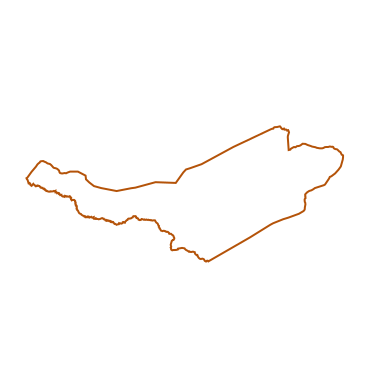 Kacheliba, Rift Valley, Kenya, rotated 74°
{"feature_id": "3690345B93324860747201", "entity_name": "Kacheliba", "entity_type": "district", "adm_level": 2, "iso_a3": "KEN", "parent_name": "Kenya", "parent_adm1": "Rift Valley", "projection": "mercator", "projection_center": [35.077, 1.98], "detail": "fine", "context": "isolated", "style": "outline", "palette": "amber", "viewbox_px": 384, "rotation_deg": 74, "n_neighbors": 0, "source": "geoboundaries", "source_scale": "gbopen_adm2", "svg_char_len": 6005}
<svg xmlns="http://www.w3.org/2000/svg" viewBox="0 0 384 384"><g transform="rotate(74 192 192)"><path d="M243.2,106.4L242.4,95.2L241.1,90.2L240.5,89.1L239.7,88.4L238.0,87.8L235.2,86.4L233.5,86.1L232.6,86.3L230.5,85.9L229.8,85.5L229.1,84.5L227.9,84.5L227.8,84.3L227.2,84.1L226.0,84.1L225.3,83.6L224.0,81.3L223.3,79.0L223.3,76.8L222.8,74.7L222.1,72.8L221.8,63.4L221.5,62.1L216.8,56.5L215.5,55.4L215.3,53.7L213.6,49.3L210.9,45.0L208.8,42.3L208.3,41.8L202.3,38.1L200.2,37.2L198.4,36.7L197.4,37.8L194.6,38.3L193.7,39.2L191.2,40.6L190.8,41.1L190.3,42.3L189.6,43.2L188.8,43.7L187.8,43.8L187.5,44.0L187.2,44.5L187.0,45.6L186.5,46.4L186.2,47.2L186.3,48.2L186.2,49.0L185.9,49.9L185.5,51.8L185.9,53.6L185.9,54.9L185.2,57.2L183.9,59.9L183.0,61.0L181.4,64.1L180.5,65.2L178.7,67.9L177.0,69.8L176.1,72.4L177.0,74.7L177.2,75.7L177.2,76.9L177.0,77.5L176.9,78.6L177.5,80.1L177.4,80.6L176.9,81.4L176.9,81.9L177.7,85.1L178.4,85.8L178.3,87.5L165.6,84.8L164.4,84.3L161.4,82.3L159.8,82.4L159.1,82.5L159.2,83.5L158.8,83.5L158.0,84.2L157.7,84.8L157.8,85.4L157.5,85.9L157.3,86.1L156.4,86.1L156.4,87.3L156.6,87.5L156.5,87.8L156.0,88.2L155.1,88.6L154.3,88.8L153.1,89.4L153.0,92.4L152.5,94.5L152.7,95.7L153.0,96.1L153.5,96.4L153.3,98.0L153.5,99.4L160.1,139.8L167.9,175.1L168.6,187.2L168.7,191.6L170.8,195.0L178.8,205.1L172.5,224.4L172.2,245.3L171.6,249.4L170.3,264.2L163.2,278.2L159.3,284.6L154.5,288.1L150.6,290.4L146.9,289.8L140.9,296.1L138.8,303.6L139.0,306.3L139.3,307.9L138.7,309.1L138.4,311.8L137.5,313.5L136.6,313.9L134.7,313.9L132.7,315.1L131.7,316.3L130.8,318.0L130.3,318.5L127.3,319.9L125.9,320.9L124.7,323.0L123.2,324.2L121.8,326.0L121.4,326.2L121.1,327.0L121.0,327.9L120.8,328.6L120.9,329.4L121.8,330.5L122.1,331.5L122.9,333.0L124.6,335.0L128.4,340.7L132.8,346.3L133.1,347.3L134.1,347.2L135.2,346.7L138.5,346.7L138.5,346.3L138.3,346.0L138.4,345.7L138.6,345.6L139.2,346.0L139.6,345.3L139.9,345.4L140.0,345.3L140.9,345.3L141.3,345.0L141.4,344.6L141.8,344.4L140.5,342.4L141.0,342.3L141.4,341.7L141.8,341.6L142.0,341.3L143.4,340.8L143.5,340.6L143.5,340.1L143.3,339.8L143.5,339.1L143.1,338.8L143.2,338.5L143.5,338.5L144.2,337.0L144.8,336.9L145.3,336.4L145.9,336.4L146.1,336.2L146.0,335.9L146.4,335.7L146.6,335.0L146.8,335.1L147.7,334.2L147.7,333.6L148.4,333.5L148.4,332.9L148.6,332.7L149.4,332.8L149.9,332.5L149.9,332.1L150.5,331.5L151.0,331.6L151.3,330.7L151.9,330.2L152.4,329.0L152.3,328.6L152.6,327.9L152.4,327.5L152.7,327.1L153.1,325.4L152.9,324.5L153.3,323.9L153.2,323.0L154.1,323.4L154.5,323.4L154.4,323.0L154.5,322.7L155.0,322.7L155.2,322.2L155.8,322.1L155.6,321.6L156.1,321.0L156.1,320.5L156.5,320.1L157.0,320.2L157.2,320.6L157.4,320.5L157.7,319.8L158.3,319.7L158.6,319.6L158.5,318.8L158.8,318.5L158.8,318.3L159.4,318.4L160.3,317.9L160.8,317.3L160.7,317.0L161.0,316.6L160.8,316.6L160.9,316.2L161.2,315.3L160.7,315.1L161.3,314.1L161.7,314.3L161.8,314.1L162.0,313.4L161.9,312.9L162.2,312.5L162.5,311.9L162.3,310.7L162.5,310.5L163.7,310.0L163.7,310.5L164.5,310.4L165.3,310.1L165.8,310.3L166.1,309.8L166.8,309.8L166.7,309.3L166.9,308.9L167.0,307.7L167.2,307.4L168.3,306.8L169.0,307.1L169.4,306.8L169.8,306.8L170.4,307.2L170.7,306.9L171.6,307.4L172.0,307.2L172.5,307.3L172.6,307.0L173.3,306.7L173.5,306.7L173.6,307.2L174.4,306.8L176.0,307.5L176.1,307.3L176.5,307.5L177.2,307.1L177.9,307.3L178.7,306.7L180.4,306.5L181.3,306.2L181.6,306.0L182.7,304.7L183.2,304.6L184.0,304.0L184.9,303.1L185.1,302.6L185.7,302.4L185.7,301.6L185.9,301.4L186.7,301.6L186.9,301.5L187.0,301.1L186.9,300.6L187.4,299.9L187.4,299.6L186.8,299.6L186.7,299.2L187.1,298.1L188.3,297.8L188.3,297.4L188.0,297.0L188.3,296.2L188.1,295.7L188.7,295.4L189.1,295.1L189.0,293.5L189.4,293.7L190.0,294.0L190.6,293.8L191.2,292.4L190.6,291.9L190.6,291.7L191.7,291.0L191.9,290.0L192.5,289.3L192.6,288.0L192.3,285.9L192.4,285.4L193.3,284.7L193.3,284.3L193.9,284.2L194.0,283.8L194.3,283.4L195.5,283.0L195.5,282.6L195.4,282.2L196.1,282.1L196.4,281.8L196.4,281.6L196.0,281.0L195.9,280.7L197.0,279.9L196.9,279.1L197.3,278.5L197.6,278.5L198.1,278.7L198.3,278.6L198.1,277.7L198.5,277.4L198.9,277.5L199.0,277.4L199.1,277.1L198.9,276.3L199.1,276.0L199.9,275.9L200.5,275.5L201.3,275.3L201.3,274.8L201.8,274.2L202.7,273.6L202.6,272.6L202.8,271.1L202.5,270.7L202.0,270.9L201.8,270.7L202.3,270.2L202.3,269.6L202.9,268.8L202.9,268.2L202.8,267.4L202.0,267.0L201.8,266.5L202.0,266.0L202.9,265.3L203.0,264.9L202.3,264.6L202.1,264.3L201.6,263.3L201.1,262.6L201.1,261.7L200.4,261.2L200.1,260.6L200.1,260.0L200.5,259.1L200.4,258.5L200.5,257.6L200.0,256.4L200.0,255.9L199.2,255.3L199.1,254.8L199.4,254.2L199.5,253.2L199.9,252.7L200.1,252.6L200.6,252.9L201.7,252.5L201.7,252.0L202.2,251.7L202.4,251.3L202.8,251.1L203.7,251.1L204.5,250.3L204.5,249.5L204.8,249.0L204.1,247.9L204.6,246.9L205.3,246.2L205.3,245.2L205.9,244.8L205.9,243.4L206.5,242.8L206.6,241.6L207.2,241.0L207.3,240.0L207.8,239.5L207.9,238.7L208.5,238.2L208.6,236.9L209.0,235.5L209.2,235.3L210.3,235.2L211.6,234.7L212.9,233.7L214.5,233.6L215.5,233.1L216.3,233.6L217.3,233.1L218.1,233.3L218.5,232.9L220.5,232.5L221.5,231.1L221.4,230.2L221.6,229.5L222.0,229.2L222.4,228.2L223.2,227.8L223.6,226.3L224.9,225.4L225.7,225.5L225.9,225.4L226.4,223.7L227.6,223.0L228.1,222.4L229.3,221.9L230.0,222.0L230.8,221.7L232.0,221.9L233.0,223.0L233.0,223.4L232.8,223.8L233.2,224.2L233.4,224.9L236.8,227.0L237.2,227.0L237.7,227.1L238.3,227.0L239.0,227.1L239.3,227.4L239.5,227.8L240.7,227.7L241.5,227.9L241.8,227.8L242.6,227.1L242.6,226.0L242.9,225.2L243.0,224.3L243.3,223.5L243.4,221.4L243.2,221.2L242.6,221.1L242.5,220.9L242.7,220.2L243.0,217.0L244.1,214.7L245.0,214.4L246.1,213.7L247.5,212.2L248.5,211.5L248.4,210.8L249.1,210.4L249.3,209.5L249.5,209.2L249.6,207.5L250.7,205.9L251.7,206.1L252.6,205.9L253.8,205.1L253.9,204.3L254.1,204.2L254.7,204.1L255.3,204.3L257.3,203.6L257.9,203.2L258.4,202.8L258.9,201.9L258.9,200.5L259.3,199.8L260.0,199.1L261.7,198.7L262.7,197.7L262.7,197.4L262.3,197.1L262.2,196.3L262.5,195.7L263.2,195.4L251.6,148.7L245.1,125.8L244.4,122.6L243.3,111.9L243.2,106.4Z" fill="none" stroke="#b45309" stroke-width="2"/></g></svg>